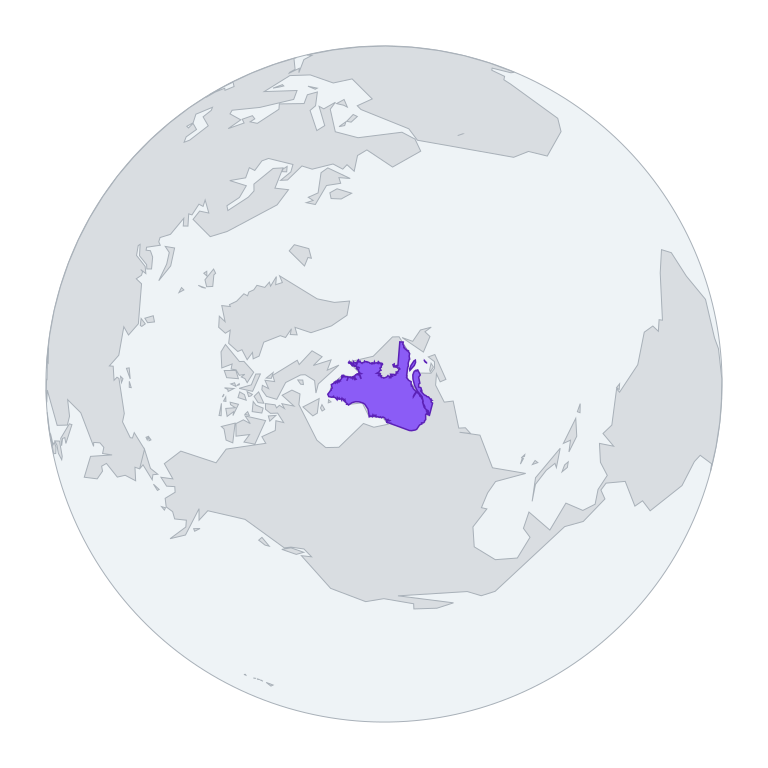 globe centered on Québec, rotated 282°
{"feature_id": "CAN-683", "entity_name": "Québec", "entity_type": "Province", "adm_level": 1, "iso_a3": "CAN", "parent_name": "Canada", "parent_adm1": "", "projection": "orthographic", "projection_center": [-69.443, 53.796], "detail": "fine", "context": "on_globe", "style": "filled", "palette": "violet", "viewbox_px": 768, "rotation_deg": 282, "n_neighbors": 0, "source": "natural_earth", "source_scale": "10m", "svg_char_len": 16203}
<svg xmlns="http://www.w3.org/2000/svg" viewBox="0 0 768 768"><g transform="rotate(282 384 384)"><circle cx="384" cy="384" r="338" fill="#eef3f6" stroke="#a8b0b8"/><path d="M366.6,721.5L374.1,721.0L380.0,708.1L372.6,703.7L346.6,696.6L315.3,670.7L323.5,661.2L316.7,654.8L338.9,640.2L333.2,621.8L325.4,618.2L317.5,624.0L291.0,607.5L282.1,590.4L204.3,535.8L197.1,523.1L198.3,508.6L179.7,441.7L184.4,497.5L175.7,482.4L170.2,460.0L175.2,458.7L174.0,428.5L167.3,411.3L173.0,374.3L198.9,338.9L199.9,349.1L206.0,340.0L205.1,326.9L203.0,320.5L222.7,276.2L223.4,238.0L212.3,231.4L223.6,229.0L195.0,221.2L188.2,206.9L202.9,219.9L209.7,219.0L208.5,207.3L215.2,203.8L218.5,196.5L226.7,193.7L234.7,202.2L240.1,200.7L238.9,192.6L246.4,185.2L247.3,197.2L260.4,185.7L276.1,199.2L272.0,236.1L287.5,243.2L301.4,280.7L307.1,275.5L315.9,287.3L325.6,285.9L325.4,293.9L333.4,286.0L331.7,279.1L334.6,273.4L340.2,272.1L341.0,281.8L338.3,283.9L341.4,286.1L339.3,291.7L343.5,288.2L343.7,300.6L351.8,286.7L358.9,295.2L356.8,303.9L346.2,305.0L315.1,330.0L309.7,340.2L312.7,353.0L341.1,372.1L339.6,383.1L345.5,396.4L351.3,389.2L348.8,376.3L361.0,366.7L356.4,352.7L360.7,347.0L360.4,332.5L372.0,332.8L383.6,341.3L384.5,353.6L389.6,357.9L398.2,345.0L408.9,367.7L431.8,382.5L433.3,388.9L419.3,402.6L395.5,404.8L377.3,425.0L400.9,410.4L404.3,427.7L409.8,430.2L416.4,428.7L419.7,421.7L423.4,427.6L401.4,443.6L397.8,438.5L404.8,433.2L393.6,434.7L378.8,446.7L381.7,455.2L356.4,466.3L358.1,472.7L353.6,479.0L352.5,467.9L353.9,488.5L324.6,507.5L326.0,541.2L311.8,513.4L299.0,508.0L283.3,505.0L283.2,510.6L262.7,500.7L243.5,506.1L235.3,529.4L241.5,550.6L264.4,558.7L271.8,550.4L288.9,552.4L275.6,576.6L305.3,586.7L301.7,604.8L310.3,615.5L325.4,615.3L341.0,621.4L352.4,612.0L370.7,607.1L370.9,621.6L381.1,608.5L391.2,615.4L427.7,612.5L424.9,616.1L455.6,628.2L488.8,627.8L496.6,634.9L492.6,641.4L504.1,639.7L504.3,643.1L550.0,631.1L573.1,627.5L572.2,637.7L552.4,657.3L533.6,680.9L497.8,697.7L488.1,703.8L459.2,713.4L437.6,717.5L440.8,717.1L416.2,720.4L391.4,721.8L366.6,721.5ZM65.0,336.2L67.6,330.8L66.5,338.1L65.0,336.2ZM68.9,325.0L68.1,327.4L68.7,324.9L68.9,325.0ZM69.2,321.5L69.0,324.0L68.9,321.6L69.2,321.5ZM69.3,317.3L69.4,319.4L69.2,319.3L69.3,317.3ZM323.8,551.7L357.8,569.7L338.1,570.0L341.9,567.7L333.4,560.7L317.3,553.0L300.0,553.3L323.8,551.7ZM70.4,309.5L70.8,307.4L71.2,308.9L70.4,309.5ZM340.0,535.9L334.0,534.1L339.9,534.6L340.0,535.9ZM201.0,318.4L204.4,327.1L202.7,340.5L199.1,333.6L201.0,318.4ZM205.2,293.9L208.6,296.5L201.5,305.5L201.7,301.1L205.2,293.9ZM202.9,227.9L204.4,234.1L200.6,229.4L202.9,227.9ZM217.5,196.0L215.0,195.4L217.8,191.9L217.5,196.0ZM354.0,333.4L357.1,333.0L355.5,335.9L354.0,333.4ZM350.9,327.6L346.8,331.3L344.7,329.1L347.3,326.9L350.9,327.6ZM232.8,184.5L238.1,179.3L234.1,186.0L232.8,184.5ZM356.3,323.6L341.6,324.8L338.0,321.0L344.7,309.5L356.3,323.6ZM242.1,177.2L254.8,165.1L250.2,162.6L270.4,163.3L252.9,173.1L248.7,181.5L247.2,176.8L242.1,177.2ZM328.7,277.5L330.8,284.8L323.9,280.0L328.7,277.5ZM323.6,275.8L298.3,270.2L298.1,259.1L306.6,263.0L302.2,250.1L314.5,247.4L319.7,253.9L317.4,261.5L323.9,254.8L323.6,275.8ZM279.6,166.0L283.8,164.5L280.9,167.7L279.6,166.0ZM335.3,270.8L330.2,270.5L329.6,260.8L339.7,259.7L336.7,263.2L335.3,270.8ZM295.0,248.3L296.3,241.2L306.7,236.9L308.6,233.7L314.8,246.5L295.0,248.3ZM339.6,264.7L344.9,259.5L350.2,263.0L340.2,270.5L339.6,264.7ZM325.2,258.8L325.4,254.2L328.6,256.4L325.2,258.8ZM372.2,273.2L366.1,272.6L365.3,267.5L372.2,273.2ZM346.5,257.4L344.6,256.2L343.6,254.2L348.1,251.7L346.5,257.4ZM321.7,242.8L325.7,242.7L319.7,237.3L327.2,234.3L329.9,243.5L331.9,238.2L334.2,237.3L333.9,245.9L321.7,242.8ZM349.6,243.2L355.6,254.4L367.1,256.5L368.1,261.0L349.5,257.0L349.6,243.2ZM340.4,244.0L346.3,244.5L344.6,249.7L339.5,252.6L340.4,244.0ZM331.3,229.0L319.1,231.3L318.9,229.2L331.3,229.0ZM353.2,242.7L351.7,240.1L354.2,242.3L353.2,242.7ZM338.4,231.9L334.1,233.0L334.0,230.6L338.4,231.9ZM352.2,234.1L354.1,237.6L350.8,239.6L352.2,234.1ZM346.2,232.3L347.1,228.8L348.4,238.2L344.3,233.1L346.2,232.3ZM339.1,229.6L337.6,228.5L340.9,229.5L339.1,229.6ZM364.0,224.9L366.4,236.3L358.9,240.5L357.5,228.8L364.0,224.9ZM307.6,54.8L308.1,54.9L319.0,52.8L317.6,53.6L336.1,50.0L334.9,51.1L349.9,48.3L345.0,48.5L329.1,50.7L337.8,49.2L362.6,46.8L387.5,46.1L412.4,47.3L437.1,50.3L461.6,55.1L485.6,61.7L509.1,70.1L531.9,80.1L553.8,91.9L574.9,105.2L594.9,120.0L613.8,136.2L627.6,150.0L627.5,150.5L634.3,158.0L640.2,166.7L638.2,167.4L643.8,175.5L647.9,173.6L641.3,165.2L629.5,152.4L632.4,154.9L630.9,153.3L646.5,171.2L660.7,190.1L673.6,209.9L685.1,230.6L683.8,228.2L673.3,231.6L669.3,227.0L668.9,226.8L668.3,226.6L675.2,235.5L670.8,236.0L684.7,238.2L690.4,245.1L689.8,240.2L700.1,264.6L708.5,289.7L714.9,315.3L719.2,341.4L721.5,367.8L721.8,394.2L719.9,420.6L716.0,446.8L714.8,443.4L715.5,424.1L713.3,424.2L710.0,438.0L706.5,438.0L703.7,445.4L680.0,498.7L667.7,504.7L640.9,496.3L641.5,476.9L632.7,463.7L629.4,366.0L638.8,355.2L647.7,304.4L650.6,300.0L660.4,313.2L675.8,289.4L667.9,271.8L671.0,247.6L666.1,227.8L645.1,206.0L653.0,237.9L643.6,236.5L628.7,205.0L620.2,178.5L616.2,177.2L612.6,189.0L601.4,178.5L610.2,192.9L613.5,190.3L619.1,199.5L616.5,202.5L612.6,198.5L612.6,205.9L630.9,224.1L636.2,223.4L641.7,247.5L651.0,248.9L655.8,258.1L641.9,259.2L636.2,254.8L617.9,265.6L624.4,272.3L642.1,262.8L640.6,267.9L649.5,277.9L641.6,274.3L620.6,283.9L619.5,307.4L634.0,349.2L630.0,363.4L619.4,371.5L598.0,347.3L609.4,318.6L602.0,310.6L585.9,310.6L590.8,302.2L585.6,299.0L588.6,288.4L579.2,269.1L580.2,258.4L563.5,247.2L561.7,240.5L572.1,248.8L579.8,249.3L580.6,224.1L576.9,218.2L566.0,213.2L567.6,207.3L556.9,205.8L550.9,190.8L549.3,208.1L536.4,203.8L525.7,193.3L521.2,195.2L538.6,212.5L545.8,216.7L552.5,215.2L571.8,230.7L574.4,240.3L552.9,236.6L554.2,250.2L537.0,242.2L500.6,198.9L492.0,183.4L505.3,163.0L514.8,167.7L514.8,177.1L526.8,170.8L520.1,170.1L521.4,165.6L509.5,161.0L509.8,157.6L497.7,159.4L496.8,154.8L504.5,153.7L486.0,144.0L480.7,134.5L476.3,134.1L473.2,136.3L468.4,123.3L465.4,123.5L465.8,127.8L460.1,131.3L448.2,132.7L447.2,128.1L451.4,127.0L458.6,118.2L469.9,116.4L468.3,114.8L458.3,115.2L449.4,125.9L442.5,128.1L445.4,122.2L443.8,124.5L440.0,124.2L435.4,119.8L431.6,126.0L391.8,131.2L378.8,123.9L385.9,117.6L357.0,118.6L344.6,111.6L345.1,115.4L331.5,119.2L335.1,121.4L334.3,123.6L301.1,136.1L292.6,136.1L278.7,147.0L278.9,149.2L284.5,149.8L270.4,163.3L250.2,162.6L250.8,157.7L237.7,161.2L240.9,149.8L237.5,142.5L248.6,129.0L244.9,124.9L240.2,126.8L231.6,123.2L230.5,110.2L252.2,112.0L258.1,132.8L257.5,123.2L263.8,123.1L267.4,118.4L266.5,112.2L262.6,112.9L292.8,93.4L302.9,77.8L287.1,83.1L278.0,82.8L275.6,72.9L308.1,55.9L296.3,57.9L296.1,57.7L299.5,56.8L307.6,54.8ZM642.3,404.4L645.2,409.2L645.2,409.3L642.3,404.4ZM619.0,158.7L608.8,143.9L599.8,143.0L595.1,137.5L593.8,139.5L599.2,143.1L594.0,147.7L584.6,139.1L578.9,138.2L582.1,143.2L600.0,158.4L607.7,151.5L615.8,158.2L619.0,158.7ZM428.8,612.2L433.2,614.4L427.4,615.2L428.8,612.2ZM335.1,576.4L342.4,577.5L346.2,580.4L340.5,580.7L335.1,576.4ZM397.1,578.9L405.6,580.0L396.7,581.7L397.1,578.9ZM363.2,571.8L390.3,578.7L373.0,583.4L356.0,579.0L367.8,578.1L363.2,571.8ZM336.1,545.9L340.6,547.7L339.1,550.8L336.1,545.9ZM344.3,536.4L342.5,536.5L340.3,533.6L344.3,536.4ZM405.5,426.7L407.4,425.7L414.1,425.7L410.9,428.8L405.5,426.7ZM444.4,408.4L449.4,418.4L443.6,413.2L440.0,419.1L423.4,415.9L433.2,392.0L431.7,403.2L444.4,408.4ZM404.0,405.9L413.4,410.1L402.7,406.5L404.0,405.9ZM554.4,293.7L559.8,291.3L565.2,297.5L563.9,312.7L556.1,303.7L554.4,293.7ZM566.2,286.5L545.3,279.5L545.2,270.3L548.8,276.5L550.9,271.1L557.2,279.8L577.6,278.5L583.7,284.1L578.0,308.2L576.5,297.0L571.3,299.9L566.2,286.5ZM491.9,283.3L482.9,281.7L494.5,263.6L501.6,267.3L500.8,282.3L491.9,286.8L491.9,283.3ZM371.0,303.7L366.7,305.3L366.5,302.5L370.0,298.8L371.0,303.7ZM369.4,273.4L389.2,294.2L385.4,297.0L401.5,306.7L397.8,317.8L387.4,311.0L396.6,327.2L385.7,325.6L393.1,336.0L370.4,319.7L361.0,319.3L372.9,315.4L376.7,305.0L375.5,300.5L365.0,287.5L346.7,282.3L347.5,271.7L352.9,265.7L357.4,265.3L355.5,272.1L362.9,266.8L363.6,276.5L369.4,273.4ZM416.1,208.8L411.9,215.6L427.0,209.0L427.8,217.6L429.5,216.3L434.3,222.6L443.1,228.2L441.9,232.2L445.8,232.7L449.1,237.1L454.1,239.2L453.7,247.3L459.8,250.7L456.1,252.7L466.7,256.4L458.6,257.4L462.1,263.5L468.1,259.4L453.4,300.9L453.5,318.5L458.0,333.1L443.5,333.5L429.9,320.5L419.0,301.9L420.9,285.2L414.0,288.8L412.9,282.0L418.8,282.0L409.0,278.0L409.7,272.5L399.9,257.7L385.3,256.0L381.4,250.8L387.5,248.8L379.3,245.1L388.0,237.9L385.4,234.2L391.5,223.6L404.7,222.4L400.7,218.3L405.1,210.5L416.1,208.8ZM366.0,222.0L381.6,217.9L389.7,220.7L375.9,237.9L377.0,242.3L368.4,254.1L356.9,249.9L360.4,246.8L361.2,242.9L364.5,245.8L362.4,240.6L367.1,236.4L366.8,231.3L372.0,231.3L366.0,222.0ZM647.2,290.6L648.3,286.5L648.4,279.3L654.0,285.8L647.2,290.6ZM633.3,297.4L633.2,292.9L641.2,297.8L640.1,302.3L633.3,297.4ZM626.4,286.5L632.6,292.2L628.6,291.8L626.4,286.5ZM571.3,244.7L570.5,240.0L573.1,240.4L576.7,244.0L571.3,244.7ZM461.0,193.4L457.3,196.3L455.4,194.9L443.8,196.2L442.3,190.3L448.7,187.2L461.0,193.4ZM650.3,213.9L655.7,222.4L654.7,224.0L653.1,220.7L650.3,213.9ZM658.0,255.4L659.5,247.7L659.5,257.2L658.0,255.4ZM457.4,187.2L452.8,188.3L454.9,184.7L457.4,187.2ZM440.6,186.1L441.9,181.8L440.7,189.8L440.6,186.1ZM438.2,142.2L456.1,146.5L468.0,146.6L473.1,141.4L473.5,150.9L455.2,150.8L438.2,142.2ZM397.6,132.8L393.2,138.0L390.0,135.1L390.5,133.5L397.6,132.8ZM398.6,136.4L402.8,144.1L397.0,146.6L394.8,140.0L398.6,136.4ZM430.8,164.4L436.2,165.9L434.4,168.7L430.8,164.4ZM276.8,63.5L269.9,65.9L270.2,65.8L276.8,63.5ZM286.3,60.5L280.6,62.4L267.2,67.1L265.5,68.4L255.8,72.9L258.3,73.6L254.1,76.3L247.8,77.4L247.1,75.4L268.5,66.5L279.4,62.7L286.3,60.5ZM259.9,73.8L260.7,78.5L246.3,84.3L242.9,84.5L248.6,79.8L255.8,77.0L259.9,73.8ZM256.6,81.5L263.7,79.1L279.6,84.5L279.4,87.2L259.7,85.2L265.2,82.9L263.9,80.9L256.6,81.5ZM282.4,162.3L283.7,164.3L280.1,164.0L282.4,162.3ZM336.7,124.7L334.9,127.6L330.8,126.9L336.7,124.7ZM327.8,135.5L333.7,134.3L327.9,137.5L327.8,135.5ZM346.8,131.4L336.2,134.7L345.8,128.8L346.8,131.4Z" fill="#d9dde1" stroke="#a8b0b8" stroke-width="1"/><path d="M346.7,398.2L347.3,399.5L346.8,398.0L347.1,394.6L348.3,394.2L348.1,394.9L349.0,395.4L349.0,396.8L349.4,397.2L349.4,395.8L350.2,395.4L349.1,393.6L349.9,393.3L349.8,392.6L351.0,391.8L351.3,391.0L351.8,391.1L351.3,390.9L351.5,389.7L350.7,389.0L351.0,388.9L350.6,387.9L351.2,387.2L350.3,386.3L350.8,384.9L350.2,383.4L350.9,383.1L350.3,382.2L350.7,381.5L351.2,381.7L350.5,380.7L351.1,380.5L350.1,379.9L351.0,379.5L349.9,379.3L350.3,378.9L349.7,378.5L349.4,377.0L349.7,376.9L349.0,376.4L356.1,373.6L360.2,369.5L361.0,367.4L361.4,363.3L360.8,359.9L359.1,356.6L356.1,353.7L356.5,353.3L356.4,351.8L357.1,352.1L357.9,350.5L359.4,349.6L358.7,349.4L359.3,348.7L359.3,347.7L359.9,347.9L360.2,348.6L360.6,348.7L360.0,347.6L360.8,347.4L360.5,346.6L361.3,345.9L360.0,345.7L360.7,345.4L359.9,343.7L361.0,343.0L359.8,342.3L360.9,341.2L358.9,341.3L360.6,339.1L360.6,337.6L361.5,337.2L360.2,336.0L360.2,332.6L362.3,331.1L367.2,333.5L366.3,334.0L367.9,333.3L369.9,334.6L369.4,334.0L372.5,332.6L374.3,334.8L375.2,334.9L375.2,335.7L374.7,336.5L375.2,336.7L375.2,335.9L376.3,336.3L376.5,336.8L376.2,337.1L376.9,337.5L376.6,337.9L376.2,337.9L376.0,338.1L376.9,338.0L377.0,337.3L378.0,337.9L377.1,339.0L378.0,339.1L377.3,339.4L377.7,339.6L377.5,339.8L377.9,340.6L378.2,340.2L380.9,341.5L382.0,341.1L382.0,342.3L382.6,342.7L383.4,342.3L383.4,341.2L383.7,341.2L384.2,342.8L383.2,343.5L383.4,344.2L382.9,344.4L383.5,346.2L383.5,347.0L382.9,347.1L382.9,347.5L379.3,347.0L383.1,347.7L383.6,348.3L383.4,349.2L383.8,349.5L383.1,350.3L383.4,351.1L383.1,351.5L384.1,351.2L384.6,351.9L383.7,352.4L384.3,352.8L383.8,352.9L384.0,354.0L383.3,354.6L382.7,353.0L382.9,354.4L381.5,354.7L382.5,354.6L382.9,355.7L384.2,354.1L386.0,353.8L387.2,354.4L387.4,355.7L387.9,356.0L387.4,358.5L385.5,359.5L384.2,360.6L387.2,359.0L387.5,358.5L387.9,356.3L388.4,355.8L388.9,357.4L388.1,358.7L388.9,357.8L389.3,356.4L389.6,357.8L389.3,359.4L389.4,359.6L389.8,357.8L391.7,356.2L392.7,356.1L392.7,355.1L393.3,354.0L394.7,355.3L394.5,357.0L395.1,355.5L394.2,354.4L395.1,353.9L394.5,353.6L396.5,352.7L395.3,352.1L395.2,351.5L395.9,351.5L395.7,350.8L396.3,351.3L395.6,350.1L397.4,350.7L396.1,350.0L395.6,348.7L396.2,348.0L396.9,348.4L397.2,348.4L396.5,347.8L397.4,345.9L397.1,345.5L397.4,344.9L398.3,345.2L397.4,345.5L398.2,346.3L397.4,346.8L398.1,347.5L397.5,349.4L398.2,350.2L399.2,349.8L398.8,350.3L398.8,351.7L399.6,352.7L398.2,352.5L397.9,353.3L399.6,353.5L400.2,354.2L401.3,353.4L402.2,354.0L400.5,354.7L400.5,355.4L401.3,355.8L400.3,356.6L399.6,358.2L400.3,358.4L400.9,359.9L402.4,360.2L401.9,361.1L402.2,362.1L401.8,362.9L402.2,363.0L401.9,365.1L401.2,366.2L402.1,367.7L401.2,367.9L401.5,368.8L402.2,369.0L401.9,369.9L403.7,370.0L402.5,370.8L403.2,372.4L402.9,373.4L404.4,373.7L403.4,374.5L404.2,374.6L403.7,375.4L403.8,376.7L403.0,376.5L402.8,377.5L403.5,378.2L402.9,378.5L401.2,377.5L399.9,377.9L398.7,376.7L396.8,378.2L396.2,377.1L394.8,376.7L393.0,374.7L393.2,377.1L393.6,377.9L393.3,378.3L390.8,376.4L392.0,378.6L391.5,379.8L390.6,379.2L390.6,379.8L389.8,380.2L390.2,381.6L389.7,382.5L391.4,385.2L393.0,386.1L392.6,386.5L392.7,388.1L391.3,388.0L391.6,389.4L392.5,389.3L393.2,390.5L394.0,388.9L394.9,388.4L395.3,390.7L394.9,390.5L395.1,392.2L394.7,392.4L395.1,393.5L395.5,393.4L395.4,392.5L396.5,393.9L397.7,393.6L397.7,394.3L398.3,393.6L399.0,395.2L401.0,395.4L402.0,396.4L402.8,395.4L402.4,394.1L403.1,393.1L402.8,389.9L404.7,388.7L405.7,389.8L403.9,390.2L403.2,391.1L404.5,391.9L405.0,393.4L404.4,393.4L404.7,393.8L428.5,390.7L429.0,394.1L426.9,394.1L425.8,395.3L423.7,395.8L423.8,396.6L422.5,397.6L422.7,399.0L422.3,398.3L421.3,399.8L421.4,400.5L419.0,402.8L416.5,402.8L413.1,404.2L413.6,403.6L409.3,403.3L406.7,404.1L405.2,403.7L397.1,404.3L396.7,404.9L395.2,404.6L394.9,405.0L395.4,405.2L394.6,405.1L392.8,407.2L391.9,410.1L389.3,410.5L388.1,411.8L387.9,411.9L388.1,411.5L388.0,411.1L387.8,411.1L387.1,412.7L385.5,413.6L383.1,417.2L380.4,415.9L378.0,415.3L377.6,415.4L382.8,417.4L382.1,419.4L380.8,421.1L379.8,421.4L378.8,423.4L377.9,423.8L376.3,425.4L374.1,425.6L369.5,428.2L369.4,428.8L368.8,429.0L367.7,430.8L366.2,431.2L365.3,432.2L363.6,431.7L365.3,433.0L364.5,433.2L363.7,433.7L363.1,433.1L363.6,431.6L362.6,431.1L357.8,432.2L356.4,431.3L355.5,431.5L354.3,430.8L353.8,428.9L352.9,429.4L351.3,427.3L346.5,425.4L345.5,424.1L344.1,420.7L343.8,418.5L346.7,398.2ZM375.4,435.5L362.1,434.9L367.1,432.7L367.5,431.1L368.8,429.1L370.6,428.5L372.9,426.5L374.2,425.8L374.8,426.0L376.5,425.4L377.1,424.8L377.8,424.7L379.6,423.9L384.0,418.2L388.8,414.3L394.9,411.3L398.9,410.3L402.6,410.9L404.5,412.8L402.9,412.3L404.5,413.6L404.1,414.1L404.5,414.3L400.4,417.6L397.9,416.5L392.2,418.9L391.2,418.0L388.2,418.5L388.1,420.8L385.5,422.3L385.6,421.5L384.8,421.3L381.7,425.7L381.4,427.4L380.6,428.6L380.6,430.3L378.9,432.3L379.0,433.2L378.3,433.1L378.0,434.2L377.6,433.6L376.2,433.9L375.4,435.5ZM408.4,409.8L402.7,406.5L404.1,405.9L408.0,406.6L413.0,408.6L413.9,409.7L411.7,410.4L408.4,409.8ZM367.3,431.1L366.9,432.6L365.3,432.5L366.5,431.9L367.3,431.1ZM385.0,352.6L384.7,353.6L384.2,353.6L384.5,352.9L384.3,352.5L385.0,352.6ZM414.8,419.1L414.6,419.5L414.2,419.9L414.5,419.8L414.8,419.1L415.1,419.0L413.8,420.8L414.5,420.9L413.7,421.1L413.9,420.0L415.2,418.6L415.9,418.4L414.8,419.1ZM378.2,423.8L378.2,424.3L377.2,424.6L378.2,423.8ZM365.8,431.9L366.3,431.3L367.0,431.1L366.4,431.9L365.8,431.9ZM389.6,356.8L389.9,357.4L389.6,357.4L389.6,356.8ZM364.6,433.2L365.5,433.1L364.4,433.4L364.6,433.2ZM424.1,396.5L424.5,396.3L423.8,396.9L424.1,396.5ZM424.5,395.8L424.3,396.1L423.9,396.0L424.2,395.7L424.5,395.8ZM382.6,341.5L382.5,342.0L382.4,342.0L382.4,341.6L382.6,341.5ZM385.2,353.3L385.4,353.4L385.0,353.6L385.2,353.3ZM421.7,400.5L421.5,399.9L421.8,400.3L421.7,400.5ZM376.5,336.3L376.9,336.4L377.0,336.5L376.5,336.3ZM365.5,432.7L365.7,432.9L365.2,432.7L365.5,432.7ZM380.1,421.6L380.5,421.5L380.0,421.8L380.1,421.6ZM377.9,339.8L378.2,339.6L378.2,339.8L377.9,339.8ZM424.6,395.9L424.7,396.1L424.6,395.9ZM375.7,335.4L375.9,335.4L376.0,335.5L375.7,335.4Z" fill="#8b5cf6" stroke="#5b21b6" stroke-width="1.5"/></g></svg>